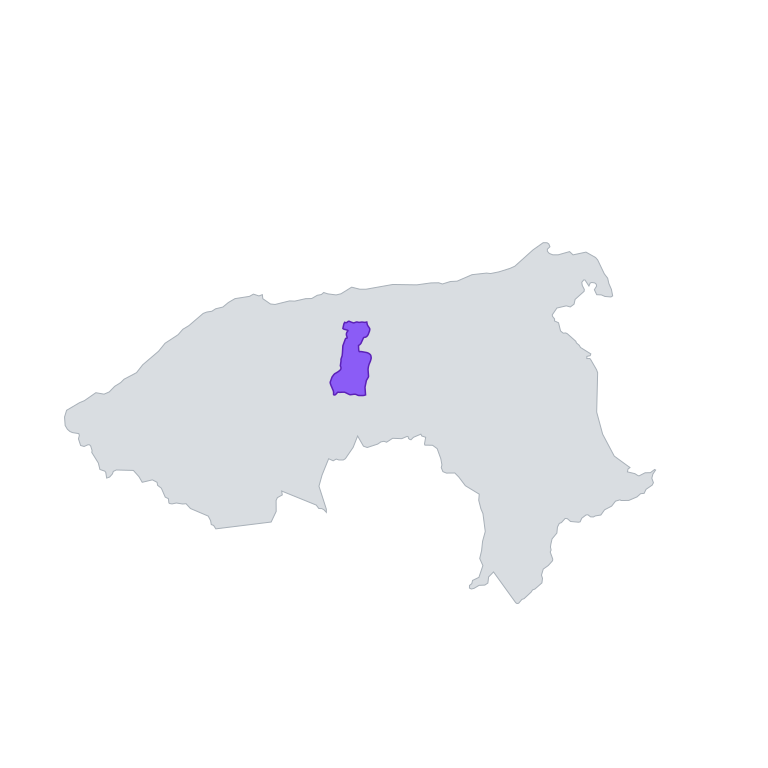 location of Pasco within Peru, rotated 111°
{"feature_id": "PER-581", "entity_name": "Pasco", "entity_type": "Department", "adm_level": 1, "iso_a3": "PER", "parent_name": "Peru", "parent_adm1": "", "projection": "orthographic", "projection_center": [-75.545, -10.377], "detail": "fine", "context": "in_parent", "style": "filled", "palette": "violet", "viewbox_px": 768, "rotation_deg": 111, "n_neighbors": 0, "source": "natural_earth", "source_scale": "10m", "svg_char_len": 5654}
<svg xmlns="http://www.w3.org/2000/svg" viewBox="0 0 768 768"><g transform="rotate(111 384 384)"><path d="M544.1,229.0L543.9,231.1L541.4,232.0L539.0,230.5L535.6,230.9L530.5,226.1L518.1,226.6L512.6,232.1L504.5,233.2L495.5,235.6L485.4,236.6L469.5,245.2L465.8,248.8L458.6,253.9L452.7,255.6L449.8,271.6L444.0,280.9L441.7,286.0L444.8,293.8L444.7,297.6L441.5,300.6L438.8,300.9L433.4,304.2L425.3,311.2L423.8,316.7L426.4,323.9L425.5,324.7L418.8,326.0L419.0,330.1L417.6,331.6L423.2,337.4L426.4,338.8L426.5,340.2L426.0,341.7L424.7,342.3L424.6,343.6L428.7,347.9L431.6,356.5L437.4,360.7L437.5,363.5L439.2,366.2L442.3,368.3L449.3,376.9L449.4,380.9L442.0,390.0L454.2,390.1L467.6,393.3L469.5,394.8L471.1,399.0L471.2,401.7L473.9,403.9L473.6,408.9L491.3,409.2L502.7,408.1L521.5,393.0L524.5,391.8L522.9,395.1L522.6,397.5L523.6,400.2L521.3,403.9L520.6,441.2L524.0,439.2L528.3,442.8L531.4,443.0L541.6,439.0L553.3,439.9L579.5,489.1L577.1,492.4L577.1,494.9L573.7,496.9L570.3,500.8L569.6,520.1L566.7,525.9L568.2,529.0L569.5,535.2L571.9,538.9L572.4,541.3L572.1,542.2L568.3,544.2L568.0,547.7L561.1,554.5L559.7,559.1L557.1,560.6L556.5,565.9L562.4,574.5L558.3,579.6L554.5,587.0L560.2,603.1L562.6,605.4L565.2,605.3L569.2,606.8L571.2,609.2L566.2,612.1L565.4,613.4L565.6,618.6L560.1,622.4L552.6,632.3L550.7,632.7L547.0,635.6L546.3,637.1L546.8,638.6L549.8,641.6L550.1,645.2L544.7,649.6L541.1,650.0L539.7,651.2L541.0,657.4L540.9,660.2L539.7,663.4L537.0,666.8L529.3,670.4L522.3,670.9L510.6,661.6L507.0,657.8L495.4,649.9L493.8,641.7L489.9,637.7L482.7,634.6L477.0,630.3L472.7,628.4L462.1,619.1L452.4,616.1L434.2,606.2L424.4,603.0L411.8,593.9L405.0,591.4L399.5,587.1L382.9,578.1L380.3,575.2L377.8,570.8L374.1,568.1L369.9,562.0L363.7,558.5L357.7,553.7L350.4,541.0L346.9,538.1L346.6,532.3L344.2,529.6L347.8,527.7L350.0,518.7L348.8,514.2L340.3,502.0L338.6,497.0L332.4,487.7L330.1,482.1L325.1,478.1L322.9,474.5L320.2,473.1L320.0,468.8L318.0,460.6L315.2,456.5L305.2,448.9L304.2,440.6L302.0,434.8L287.9,411.4L279.7,388.9L272.8,376.4L269.9,369.2L269.7,365.3L264.5,358.7L261.8,352.6L250.4,341.0L243.7,328.0L242.7,324.1L238.2,317.0L230.9,307.8L227.2,304.1L205.3,292.9L195.0,286.0L193.7,282.4L194.2,280.3L196.4,278.3L199.6,279.8L201.5,279.1L202.9,276.5L202.9,272.7L201.0,267.7L193.9,258.2L195.7,253.8L188.5,242.7L190.1,231.8L191.6,229.0L202.2,217.8L205.1,213.1L209.6,210.1L214.2,205.6L219.8,202.1L221.4,203.3L223.1,209.1L222.9,213.0L224.4,217.4L220.6,221.4L216.4,220.6L214.8,221.6L214.1,223.5L214.8,226.5L215.9,227.7L219.1,227.8L214.9,233.6L215.2,234.8L218.2,235.8L221.0,234.2L223.9,230.9L225.8,230.4L236.5,235.9L241.4,235.2L245.3,237.7L245.7,241.8L251.1,249.8L259.1,251.7L260.4,251.0L262.2,248.0L264.0,247.5L264.3,243.0L271.2,238.2L272.3,234.9L271.2,232.6L271.4,230.8L275.4,220.2L276.7,219.1L277.9,215.6L279.5,213.6L281.8,201.7L283.7,201.7L285.5,204.5L287.6,203.8L286.5,201.1L286.8,200.2L294.5,190.7L296.9,188.6L334.0,175.4L352.5,161.9L368.8,143.2L373.9,124.4L375.8,125.7L378.8,125.3L377.8,117.7L378.5,114.1L378.4,113.0L373.3,108.4L371.3,103.5L366.8,100.7L367.0,99.6L371.7,100.7L376.0,100.2L379.6,97.1L382.3,97.4L388.4,101.6L392.9,102.0L394.4,105.1L398.7,107.3L405.0,113.8L407.8,120.9L407.6,122.2L410.4,125.9L416.4,127.7L422.4,133.0L428.6,134.6L431.4,139.4L433.1,140.9L434.0,143.6L433.0,146.8L433.9,148.5L438.5,151.3L442.4,151.5L443.3,152.8L445.5,160.6L444.0,164.6L444.6,166.7L449.8,168.7L451.3,170.4L455.4,170.8L461.2,169.2L468.4,171.6L473.9,170.8L476.5,170.2L479.1,168.5L481.3,168.6L487.0,163.7L488.6,163.3L494.6,165.6L499.7,169.0L506.0,168.5L508.6,166.4L513.1,165.3L521.3,169.6L523.1,171.6L525.4,172.0L534.2,176.3L535.7,178.1L540.4,179.7L541.3,181.1L541.0,182.6L520.2,214.4L526.6,217.2L532.6,215.7L535.6,217.8L537.9,223.1L542.5,226.7L544.1,229.0Z" fill="#d9dde1" stroke="#a8b0b8" stroke-width="1"/><path d="M400.8,397.3L401.5,398.2L401.9,398.7L402.6,400.2L403.8,403.5L403.9,404.5L403.8,405.7L403.8,406.9L404.3,408.3L405.8,411.0L406.2,411.9L406.2,412.7L405.8,417.3L405.8,417.7L405.9,418.2L406.9,420.7L407.1,421.1L407.7,422.4L408.1,423.9L408.2,424.1L408.3,424.2L408.6,424.4L410.9,425.3L411.3,425.5L411.7,425.8L411.9,426.2L412.1,426.6L412.1,427.0L411.9,427.3L411.5,427.5L410.2,427.9L408.8,428.7L408.3,429.1L407.0,430.4L406.3,431.0L404.5,432.8L402.9,434.2L401.6,434.9L396.1,435.0L393.2,434.2L391.9,433.6L391.5,433.2L389.2,431.4L387.6,430.4L386.4,429.8L386.0,429.7L385.6,429.7L385.1,429.7L384.5,429.9L383.8,430.2L383.5,430.5L383.0,431.0L382.6,431.3L377.8,432.4L376.8,432.9L375.7,433.1L372.6,433.2L370.0,433.9L363.1,436.1L355.7,436.2L355.4,436.1L355.1,436.0L354.9,435.8L354.6,435.2L354.4,435.0L354.1,434.9L353.7,435.1L351.7,436.7L350.9,437.0L350.1,437.2L349.4,437.2L348.1,437.0L347.8,436.9L347.6,436.8L347.4,436.7L347.2,436.7L346.9,437.1L346.9,437.8L347.0,439.5L347.2,440.6L347.2,441.1L346.9,442.3L343.0,442.9L342.2,443.0L340.5,442.8L340.5,442.4L340.5,441.9L340.2,441.1L339.8,440.7L338.3,439.8L338.1,439.5L338.0,439.2L337.9,438.8L338.0,437.1L337.9,434.4L337.4,433.6L336.5,432.6L335.8,431.6L335.5,429.6L335.3,429.2L335.1,428.6L334.2,427.1L334.0,426.6L333.4,424.1L333.1,423.5L332.3,422.3L334.5,420.9L335.2,420.2L337.2,417.4L337.6,417.1L337.9,416.9L339.6,416.5L343.4,416.5L344.7,416.7L345.9,417.2L346.4,417.6L346.7,417.8L347.0,418.2L347.3,418.7L347.7,419.4L347.9,419.5L348.2,419.7L348.4,419.7L354.4,420.1L355.9,420.7L357.2,421.6L361.5,419.7L362.3,419.1L362.6,418.6L361.9,417.0L360.8,411.3L360.8,410.6L360.8,409.8L361.1,408.3L361.4,407.6L361.7,407.0L362.3,406.4L363.3,405.8L363.8,405.5L364.6,405.2L365.1,405.1L367.4,404.9L371.1,405.0L373.1,404.8L375.5,404.3L376.4,404.0L382.3,401.2L382.8,401.1L383.3,401.1L387.0,401.7L393.8,400.6L400.8,397.3Z" fill="#8b5cf6" stroke="#5b21b6" stroke-width="1.5"/></g></svg>